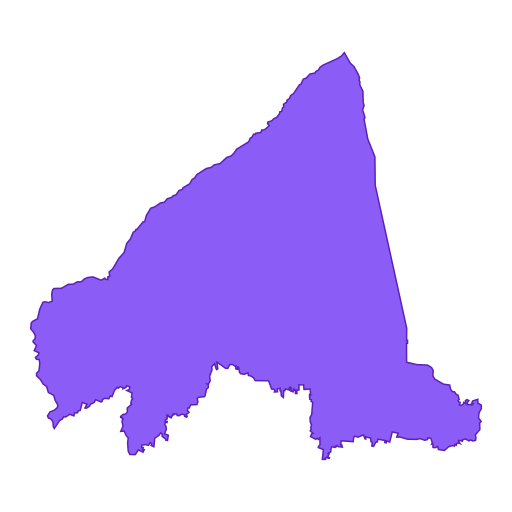 Sleman, Yogyakarta, Indonesia (orthographic projection)
{"feature_id": "22746128B68764842139539", "entity_name": "Sleman", "entity_type": "district", "adm_level": 2, "iso_a3": "IDN", "parent_name": "Indonesia", "parent_adm1": "Yogyakarta", "projection": "orthographic", "projection_center": [110.397, -7.69], "detail": "fine", "context": "isolated", "style": "filled", "palette": "violet", "viewbox_px": 512, "rotation_deg": 0, "n_neighbors": 0, "source": "geoboundaries", "source_scale": "gbopen_adm2", "svg_char_len": 6038}
<svg xmlns="http://www.w3.org/2000/svg" viewBox="0 0 512 512"><path d="M444.4,450.5L448.8,446.6L452.9,445.6L454.5,446.1L455.0,444.5L456.3,445.2L456.5,443.6L458.8,443.0L460.0,443.5L458.4,441.3L458.6,440.5L459.2,441.1L461.9,440.2L462.1,441.9L462.7,439.9L465.2,438.9L469.1,440.9L470.3,439.9L473.0,441.0L475.6,440.3L476.0,437.5L475.2,435.1L479.9,429.5L479.6,423.1L481.2,421.4L478.6,418.2L478.7,415.5L479.1,412.7L481.3,408.7L481.3,405.1L477.8,403.0L477.8,399.3L472.6,401.0L471.7,403.2L473.1,403.7L471.8,405.2L470.7,404.5L467.2,404.7L467.6,402.2L468.9,400.6L467.1,399.6L465.4,400.5L465.5,403.3L463.7,402.4L463.5,403.8L461.7,405.3L459.4,405.2L460.2,402.4L458.7,401.9L458.1,400.7L459.2,399.5L458.0,395.2L456.0,394.1L454.5,391.8L452.3,391.6L450.5,389.1L449.7,385.0L443.6,384.2L434.8,379.1L432.9,376.1L433.2,370.5L431.5,367.5L427.5,365.1L416.8,364.6L406.6,362.2L406.5,343.3L407.5,343.3L407.6,340.3L406.6,340.3L406.7,328.2L375.2,185.3L374.9,156.8L367.8,139.1L364.0,118.9L364.9,118.0L364.7,116.5L362.6,109.9L364.1,105.6L363.2,102.4L362.9,91.2L359.8,84.9L359.9,81.8L359.0,80.0L359.6,77.9L358.2,74.2L353.9,66.5L350.3,63.2L344.3,52.6L341.7,55.8L337.0,58.8L323.3,65.0L319.9,67.4L318.6,69.9L315.7,71.6L315.3,72.9L309.8,74.1L306.2,78.1L303.3,79.1L300.9,84.2L299.5,84.7L293.5,93.6L290.6,95.6L289.4,98.6L287.0,100.1L286.9,101.9L283.5,104.3L283.7,107.0L282.4,108.0L281.7,111.5L279.9,111.7L279.5,113.7L276.5,117.6L274.2,118.4L271.7,120.8L267.8,122.1L267.6,123.7L269.2,125.6L265.4,129.1L263.1,130.2L261.8,129.9L260.8,132.5L255.8,133.2L255.3,134.4L253.6,134.1L252.0,137.1L250.1,138.3L248.8,141.7L236.5,149.3L233.9,153.3L230.8,156.1L226.6,157.5L220.1,163.6L214.1,164.9L211.3,167.4L206.3,168.5L196.9,174.5L194.8,177.7L191.9,179.8L189.7,183.8L183.1,187.7L182.0,189.7L179.1,190.4L176.0,194.8L173.0,195.8L171.5,197.5L167.3,198.7L164.4,202.2L160.4,203.0L154.7,206.9L150.7,208.2L146.3,215.6L144.7,221.6L142.9,222.0L136.8,229.5L136.0,229.4L135.1,231.2L133.2,232.2L130.5,238.8L126.8,243.3L124.1,252.5L118.9,258.3L112.6,269.0L109.1,272.0L109.7,276.3L107.8,276.9L107.7,279.6L105.4,279.2L104.7,278.1L101.1,280.2L92.9,276.9L87.8,277.5L84.2,279.0L81.2,281.9L77.4,281.8L73.1,284.2L68.3,284.3L61.5,288.3L54.0,288.5L52.6,289.8L51.7,294.1L52.2,301.1L48.7,302.5L44.8,301.8L42.9,302.3L39.8,309.0L37.5,318.8L32.6,321.4L31.2,323.0L30.7,328.8L33.7,332.4L35.4,336.0L34.9,339.1L33.2,340.6L33.1,342.0L36.5,345.5L34.2,350.6L38.9,352.8L38.3,355.0L35.4,357.4L36.5,359.4L39.1,359.4L39.8,363.2L39.0,370.7L36.5,373.3L36.6,375.8L40.3,379.4L43.3,384.2L46.5,386.4L48.4,392.5L53.7,395.3L55.2,400.4L57.9,405.2L57.2,407.7L54.2,410.3L50.0,411.9L47.5,415.9L48.4,418.1L50.7,418.9L52.9,421.6L53.3,426.6L54.3,428.5L59.7,420.4L62.3,419.0L63.8,416.7L65.7,417.0L69.7,414.3L73.9,415.9L74.6,413.0L77.6,412.8L78.0,411.0L80.2,410.4L82.3,402.5L87.0,404.2L84.9,408.0L86.4,408.2L89.4,406.3L90.3,404.5L94.3,402.3L95.6,399.7L101.2,402.0L102.2,401.3L102.6,399.5L104.7,398.3L108.8,398.8L110.2,396.0L112.0,396.6L114.4,390.7L117.1,387.2L118.2,388.2L120.0,386.7L123.1,387.7L123.0,388.8L126.0,387.5L126.6,385.8L127.6,386.1L129.8,387.0L129.2,389.6L126.8,390.5L132.1,393.0L131.4,397.1L132.7,398.7L131.5,400.0L130.8,403.4L131.5,404.4L127.2,408.0L127.4,411.9L125.4,414.3L123.2,414.3L120.6,416.5L120.7,417.4L122.2,417.5L122.1,418.7L123.1,419.0L122.0,421.4L123.0,426.4L120.7,431.4L124.3,431.1L125.9,435.1L128.2,438.0L127.6,442.9L128.2,451.1L129.9,454.5L135.3,454.6L138.4,449.9L143.1,452.2L144.2,449.7L142.7,449.8L143.3,447.6L141.6,447.6L141.8,445.3L145.1,444.6L148.6,445.3L149.9,442.6L151.7,443.5L151.1,445.5L153.9,446.8L154.7,438.3L159.1,435.2L160.6,432.8L162.3,434.4L162.1,436.3L166.1,439.4L165.9,440.2L167.5,440.5L168.3,435.2L164.5,433.8L166.4,429.1L166.0,426.4L164.8,424.7L165.3,422.4L167.1,422.5L167.2,421.5L165.2,421.5L165.3,420.1L167.2,418.8L166.9,415.1L168.1,415.1L168.3,416.6L170.1,416.6L170.1,417.5L171.2,417.8L172.5,415.1L173.8,414.8L173.4,413.9L176.5,414.0L177.2,415.5L179.3,415.7L180.8,414.5L182.7,414.3L184.4,414.7L184.7,416.4L186.6,417.2L187.2,416.3L186.2,414.5L189.1,412.3L187.4,410.4L188.0,407.9L189.3,408.0L190.6,404.9L196.9,404.6L197.9,401.6L197.2,398.4L198.5,397.3L204.4,396.7L205.1,395.7L206.5,389.1L208.3,387.6L208.4,385.2L207.2,384.0L208.4,384.2L210.2,380.8L209.6,376.3L212.0,369.9L211.7,366.7L214.6,363.6L216.1,368.8L216.7,369.6L217.8,368.9L217.1,362.6L216.2,361.5L225.6,368.3L227.8,368.4L229.8,364.6L232.6,364.5L235.2,366.3L235.9,366.0L235.8,368.9L237.4,369.3L237.7,366.9L238.5,367.0L239.6,372.6L240.7,373.7L244.2,374.3L248.0,372.9L248.4,375.5L250.4,375.8L253.6,377.8L255.2,380.6L268.6,380.8L271.6,389.0L274.0,389.3L274.9,390.4L274.4,392.0L277.5,391.8L277.3,388.9L280.2,388.3L280.0,390.8L280.8,390.9L281.4,395.9L283.4,397.5L283.7,390.6L284.8,390.7L285.4,389.0L289.2,390.0L289.0,388.6L289.6,388.7L290.2,387.1L291.2,387.8L290.7,391.1L292.7,391.2L293.2,392.5L293.3,389.9L294.2,389.0L294.4,390.3L295.5,390.3L295.4,393.5L296.9,393.6L296.8,390.2L299.0,390.0L299.0,384.8L303.6,384.9L304.0,389.5L310.1,389.0L310.5,393.0L309.8,394.2L310.9,394.9L309.5,395.3L309.7,399.2L311.3,399.7L311.1,401.4L312.7,402.3L311.7,414.6L310.0,417.5L310.2,421.6L311.5,425.1L310.7,427.5L311.2,429.3L310.2,430.8L313.1,433.3L311.7,433.7L310.5,436.5L315.7,439.3L317.4,438.3L318.3,439.4L319.9,437.8L320.0,444.8L318.5,446.3L318.3,447.6L323.4,449.6L322.3,459.4L325.5,459.4L325.3,458.0L326.1,457.6L329.2,458.4L329.5,457.8L327.7,456.6L329.1,454.0L328.1,453.4L330.8,451.8L330.9,448.8L331.9,446.7L335.0,447.4L335.3,446.3L336.0,446.9L337.2,445.5L338.3,446.7L342.4,447.1L341.8,444.9L340.7,444.8L341.2,440.8L353.2,441.7L353.7,437.5L354.7,436.1L357.9,437.2L363.5,434.9L365.0,438.9L365.8,439.0L365.8,436.8L370.6,438.2L371.0,441.7L372.3,442.2L371.8,446.0L373.6,446.4L375.8,442.2L377.3,442.0L377.8,439.2L385.1,440.5L384.7,442.5L386.1,442.9L386.4,440.9L389.7,442.1L392.3,431.9L398.1,433.2L396.7,437.1L400.3,437.1L407.3,439.2L416.8,439.4L420.1,438.6L424.9,440.3L427.5,439.5L427.9,437.8L430.8,438.3L432.3,442.8L431.6,444.3L432.9,444.2L433.0,447.4L435.2,447.7L437.7,446.5L438.4,449.5L444.4,450.5Z" fill="#8b5cf6" stroke="#5b21b6" stroke-width="1.5"/></svg>